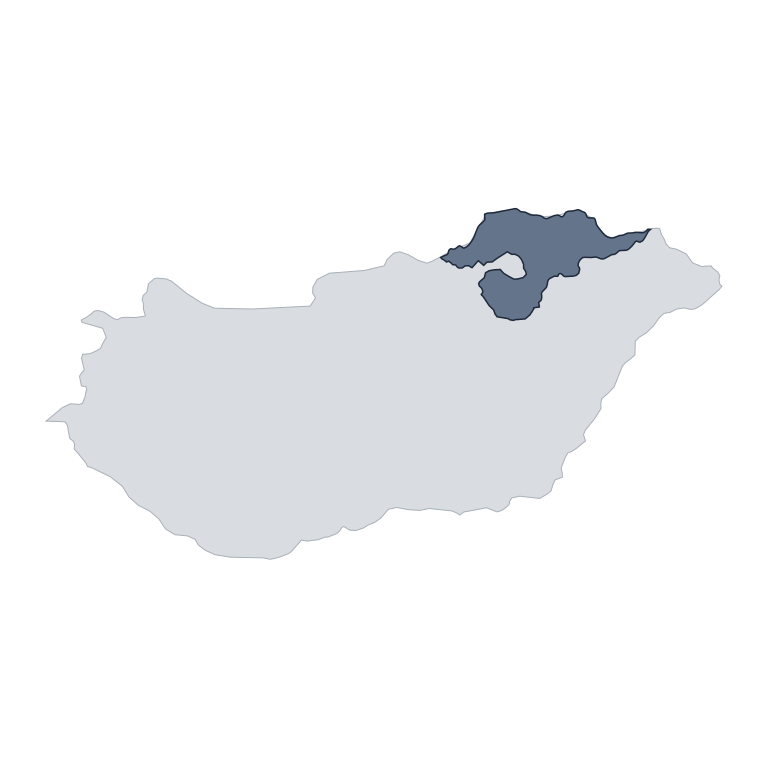 location of Borsod-Abaúj-Zemplén within Hungary
{"feature_id": "HUN-3168", "entity_name": "Borsod-Abaúj-Zemplén", "entity_type": "County", "adm_level": 1, "iso_a3": "HUN", "parent_name": "Hungary", "parent_adm1": "", "projection": "robinson", "projection_center": [21.025, 48.121], "detail": "fine", "context": "in_parent", "style": "filled", "palette": "slate", "viewbox_px": 768, "rotation_deg": 0, "n_neighbors": 0, "source": "natural_earth", "source_scale": "10m", "svg_char_len": 5439}
<svg xmlns="http://www.w3.org/2000/svg" viewBox="0 0 768 768"><path d="M647.8,229.1L657.2,228.1L657.6,228.2L659.8,228.8L661.4,234.6L661.7,235.0L664.0,238.8L666.1,243.9L669.5,247.7L676.8,249.3L686.3,254.0L692.6,262.9L701.9,266.6L702.6,266.7L704.4,266.2L711.1,265.9L712.4,267.7L717.8,272.1L719.9,275.9L718.9,279.9L719.9,284.5L721.9,286.1L719.5,289.2L702.3,304.6L695.5,308.7L691.0,309.5L683.9,307.9L676.6,309.1L670.0,312.4L664.0,313.4L659.5,317.4L653.6,325.7L646.4,332.8L639.1,337.3L635.3,341.2L634.9,354.8L630.8,358.7L625.4,362.7L622.4,366.1L614.1,386.9L607.8,393.5L601.8,398.6L600.8,403.2L601.0,408.6L594.2,419.2L585.3,430.2L583.5,434.8L585.5,440.9L577.0,447.9L572.0,451.3L567.9,452.9L565.3,457.3L561.1,468.0L562.2,472.8L562.4,477.2L555.1,479.8L552.9,484.7L551.1,490.7L548.1,493.4L539.9,498.4L519.5,496.2L511.8,497.9L509.5,501.5L509.1,504.4L506.5,507.0L501.9,510.4L497.1,511.9L486.5,507.8L463.8,512.0L459.8,515.0L456.7,512.9L451.8,510.9L429.0,508.5L420.0,510.4L408.0,509.6L396.9,507.5L388.5,509.2L381.1,517.7L377.5,520.5L374.6,522.4L368.3,525.0L363.0,528.2L356.0,530.5L349.8,530.2L343.9,526.5L341.8,527.4L339.9,530.7L336.7,533.6L327.8,537.1L325.5,537.1L325.0,537.1L318.2,539.7L307.1,541.1L301.5,540.1L291.1,551.8L288.0,553.9L278.3,557.5L270.3,559.3L263.5,557.9L260.8,557.8L230.7,557.2L215.0,554.7L204.9,550.1L198.3,544.9L195.1,539.3L187.4,535.9L175.1,534.7L165.6,529.0L158.9,519.0L149.8,511.1L138.2,505.2L129.0,497.0L122.4,486.3L110.2,476.7L92.6,468.2L87.3,466.3L86.3,463.6L77.8,453.0L74.2,449.0L74.6,443.8L73.0,440.8L69.9,438.7L68.3,431.1L67.5,425.5L65.1,421.8L46.1,421.1L62.3,407.6L70.3,403.8L79.5,404.4L82.5,403.2L83.3,401.3L85.0,396.9L85.8,392.7L86.7,388.8L85.8,386.6L81.4,385.9L79.5,376.2L81.8,372.6L84.2,370.1L81.6,358.3L82.6,354.3L89.7,353.7L95.7,351.2L100.6,348.3L102.1,344.7L106.2,337.3L102.7,328.3L82.2,322.4L81.2,320.1L86.1,317.5L91.3,313.9L94.3,311.0L98.3,310.6L103.9,312.1L113.7,318.6L117.4,319.6L121.2,317.7L125.1,317.3L136.1,317.5L145.4,316.0L143.4,309.0L143.6,303.9L142.1,299.8L143.2,295.4L147.0,291.9L148.3,284.1L154.1,278.8L156.9,278.1L167.0,279.0L169.4,280.4L170.9,280.7L186.9,293.6L202.1,303.2L214.5,308.2L233.0,308.6L252.6,309.0L285.5,307.3L310.1,306.1L311.7,303.7L315.5,297.9L312.6,292.9L312.9,287.1L317.1,279.5L329.3,273.2L364.1,270.5L384.1,265.8L387.2,259.4L393.8,253.1L399.9,251.8L408.2,254.7L418.1,260.3L426.9,263.2L432.0,261.3L449.7,251.9L470.0,242.8L484.0,217.9L485.5,214.0L500.7,211.1L522.7,211.6L534.0,214.9L542.5,216.6L555.3,216.0L573.7,210.7L580.5,210.8L585.7,214.6L591.5,217.8L595.4,221.8L598.4,227.5L600.0,229.6L602.6,232.5L607.2,236.4L611.7,237.5L645.7,230.6L647.8,229.1Z" fill="#d9dde1" stroke="#a8b0b8" stroke-width="1"/><path d="M516.2,208.7L517.7,209.4L520.6,211.6L522.1,211.9L525.2,212.2L530.6,214.9L534.1,215.2L536.5,215.1L539.5,215.5L542.2,216.5L544.2,218.2L546.7,218.7L554.3,215.6L557.6,215.0L559.4,215.6L560.6,216.5L561.8,216.9L563.2,216.2L564.4,214.8L564.9,213.5L565.8,212.3L567.7,211.4L569.3,211.1L572.7,211.0L577.8,209.7L579.3,210.0L582.6,211.7L584.4,212.3L585.2,212.9L585.9,214.0L586.8,216.4L587.4,217.3L589.0,217.9L592.7,217.9L594.3,218.2L595.2,219.6L596.5,224.7L597.3,226.1L602.9,233.2L605.2,235.5L607.9,237.1L611.0,238.0L614.0,237.8L619.1,235.6L623.3,235.1L626.3,233.6L627.8,233.1L632.9,232.9L634.7,232.4L636.5,232.3L642.4,232.8L644.3,232.3L646.0,231.2L647.9,229.2L650.2,229.5L650.4,229.5L648.3,231.4L644.7,237.9L642.6,240.8L639.9,242.2L639.0,242.0L637.0,241.2L635.9,241.3L635.3,241.8L632.0,246.0L629.2,248.7L627.8,249.7L625.9,250.3L619.6,250.6L618.2,251.6L616.4,253.2L614.5,254.4L612.9,254.5L611.7,254.7L604.2,258.7L602.3,259.0L600.5,258.7L596.5,257.1L594.9,257.1L591.2,257.5L584.9,257.3L583.0,257.5L581.6,258.4L580.1,259.9L579.0,261.7L578.3,263.4L578.1,265.6L578.6,266.7L579.4,267.7L579.7,269.4L578.7,273.3L576.2,275.4L572.9,276.2L569.5,276.3L570.2,276.3L565.5,276.6L564.1,276.3L562.9,275.4L562.0,274.4L560.9,273.6L559.3,273.7L558.6,274.3L558.3,275.2L558.0,276.0L557.0,276.3L554.5,276.2L553.9,276.3L549.5,278.7L548.5,279.7L547.8,281.2L547.2,284.5L547.0,285.5L546.4,287.3L545.6,288.3L542.4,291.6L541.5,293.2L541.4,294.1L541.7,295.3L541.7,297.6L541.4,299.6L540.8,300.6L538.7,302.4L539.3,306.2L539.3,307.0L533.8,307.8L533.8,308.8L531.4,312.7L530.8,313.4L530.2,314.6L525.2,318.9L517.9,319.5L515.2,319.7L513.5,320.4L510.2,319.9L507.9,318.6L497.1,316.8L495.0,313.9L493.7,310.0L489.1,305.5L482.8,296.0L482.0,295.5L481.2,294.4L482.2,293.3L482.8,292.1L482.4,289.7L481.1,287.7L479.3,286.0L478.6,283.4L479.8,281.6L484.3,277.7L485.6,272.7L489.2,270.7L494.3,269.8L500.3,269.5L503.5,273.2L508.8,276.4L514.0,279.2L518.0,278.9L523.1,277.6L526.3,274.5L525.8,271.7L523.6,268.2L523.6,264.4L521.6,259.7L518.8,256.2L515.1,254.3L511.6,254.3L507.3,251.8L502.8,254.7L497.0,258.4L492.2,261.9L486.9,262.2L483.7,265.4L478.3,260.7L472.0,267.7L468.6,265.7L465.1,265.9L462.2,268.0L458.7,268.0L457.1,266.9L455.8,265.1L454.4,264.7L452.8,264.8L451.0,262.9L448.6,261.2L446.4,262.0L444.5,260.3L441.7,258.7L440.7,257.5L444.7,255.5L446.5,254.9L447.4,254.3L448.1,253.2L448.6,251.0L449.0,250.1L450.3,248.9L451.1,248.7L452.1,249.0L453.9,249.2L455.5,248.6L458.5,246.2L459.6,245.8L461.6,246.7L462.7,247.7L463.9,248.1L466.2,247.1L469.1,244.7L471.5,241.5L473.6,237.9L477.5,228.1L478.6,226.1L480.1,224.5L483.1,221.8L483.4,221.6L484.7,220.0L484.8,219.5L484.8,219.1L484.8,218.6L484.8,218.2L484.6,216.0L484.6,215.0L484.7,214.1L487.6,213.1L493.7,212.8L514.6,208.7L516.2,208.7Z" fill="#64748b" stroke="#1e293b" stroke-width="1.5"/></svg>